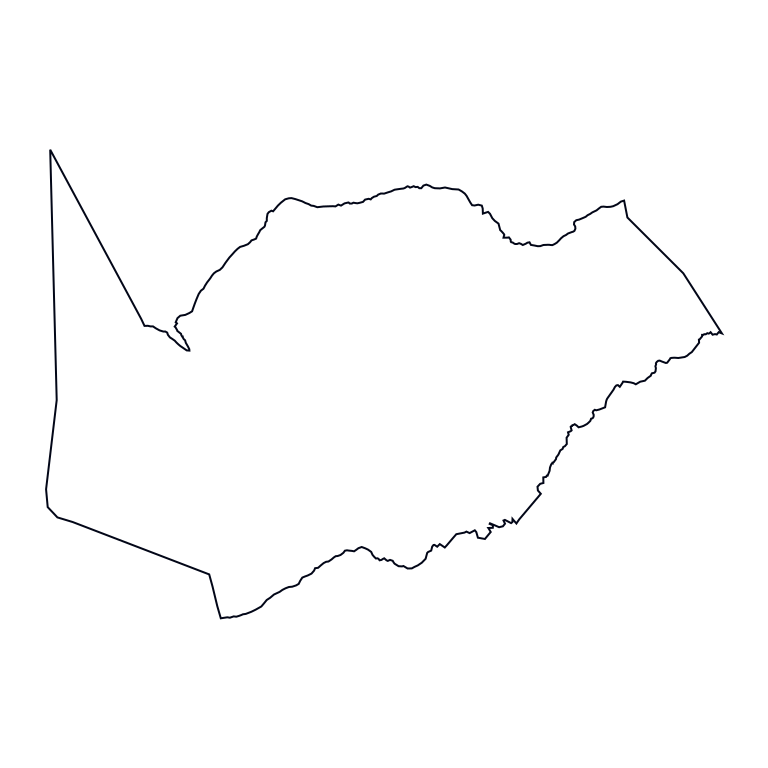 Santa María Ixcatlán, Oaxaca, Mexico
{"feature_id": "50627088B99322649142684", "entity_name": "Santa María Ixcatlán", "entity_type": "district", "adm_level": 2, "iso_a3": "MEX", "parent_name": "Mexico", "parent_adm1": "Oaxaca", "projection": "mercator", "projection_center": [-97.133, 17.85], "detail": "fine", "context": "isolated", "style": "outline", "palette": "ink", "viewbox_px": 768, "rotation_deg": 0, "n_neighbors": 0, "source": "geoboundaries", "source_scale": "gbopen_adm2", "svg_char_len": 5820}
<svg xmlns="http://www.w3.org/2000/svg" viewBox="0 0 768 768"><path d="M721.9,333.4L683.3,273.3L627.4,217.5L624.1,200.6L620.9,201.6L617.5,204.2L613.2,206.2L610.5,206.8L606.9,207.0L603.5,206.6L601.2,206.8L599.5,208.0L596.5,210.4L594.6,211.3L592.3,212.4L590.2,213.9L587.6,215.2L585.7,216.8L582.7,218.1L579.1,219.6L576.3,220.2L574.2,222.1L574.0,224.5L575.2,226.4L575.4,228.7L574.4,230.9L573.1,231.7L571.7,232.1L568.0,233.5L566.0,235.0L563.5,236.2L561.0,238.3L559.3,240.2L556.8,242.7L554.5,244.1L552.4,245.1L550.5,245.0L549.2,244.8L547.6,244.8L543.4,245.0L540.3,246.1L537.8,246.2L534.4,245.5L530.9,244.9L529.5,242.3L527.4,242.7L525.8,243.7L522.8,245.0L520.8,243.8L519.1,243.2L517.0,244.0L515.1,244.0L513.7,243.3L512.7,242.5L511.2,242.2L510.8,241.6L510.6,239.6L508.9,237.4L507.0,237.7L503.5,237.7L503.9,236.0L504.3,234.9L503.8,233.9L502.5,232.4L501.2,231.0L500.2,230.1L499.5,227.4L498.5,223.6L494.8,220.9L492.3,218.2L490.0,213.8L488.1,211.9L485.3,212.8L482.9,213.6L482.7,208.5L481.8,205.6L478.2,204.7L474.6,205.5L472.1,205.2L470.3,202.5L468.6,199.5L466.6,195.9L464.8,193.6L461.9,191.4L458.6,189.5L452.2,189.1L445.0,187.5L440.0,188.4L434.8,188.2L432.2,187.4L429.8,185.9L426.3,184.6L423.4,185.6L421.3,188.2L419.3,188.2L417.7,186.9L415.5,187.1L413.7,186.2L411.8,187.0L410.0,187.6L408.6,186.6L407.4,186.3L404.8,188.0L403.4,188.5L400.8,188.8L398.0,189.2L394.6,189.7L391.1,191.4L388.1,192.3L384.2,193.6L380.9,193.5L378.2,194.6L376.7,196.0L374.0,196.7L371.8,198.1L370.7,199.4L368.7,198.8L365.1,199.6L363.0,201.9L359.7,202.8L357.4,203.3L355.7,203.1L353.4,202.7L351.9,203.5L349.7,203.5L348.6,202.5L347.4,202.7L344.5,203.4L341.0,205.6L338.3,204.6L335.5,206.4L333.0,206.2L329.1,206.3L323.3,206.5L317.3,207.2L313.7,205.9L311.2,205.6L308.6,204.1L305.4,203.0L303.9,202.2L302.1,201.3L295.4,199.1L291.5,198.1L288.8,198.3L285.2,199.3L280.9,202.7L277.9,205.6L274.8,209.3L273.1,211.3L271.4,210.7L268.8,212.2L267.5,213.9L266.8,218.1L266.8,220.9L265.5,222.3L265.0,225.5L264.4,226.8L262.1,228.6L260.2,230.2L259.2,232.3L258.1,234.1L256.8,236.5L256.1,238.6L254.1,239.5L251.5,240.4L250.0,242.3L247.9,244.2L243.9,245.8L240.1,246.9L237.6,248.8L234.9,251.4L232.6,254.0L229.4,257.5L225.6,262.6L222.5,267.3L219.8,269.9L216.3,271.5L213.9,273.3L212.0,275.6L210.2,278.4L207.1,282.4L205.0,285.7L203.5,288.7L200.9,290.7L198.7,294.0L196.5,299.2L194.8,303.6L193.2,308.1L192.1,311.3L189.4,313.0L185.3,314.9L180.3,315.7L177.5,318.1L175.7,322.3L177.0,323.4L174.7,326.6L175.5,327.3L177.1,330.1L177.3,330.9L181.0,333.8L181.4,335.3L182.3,336.7L182.7,336.6L182.9,337.6L183.8,339.2L185.1,340.3L185.8,342.8L187.9,346.4L189.3,349.2L189.4,350.6L186.7,350.4L182.8,347.7L180.3,346.0L178.3,344.3L176.4,342.5L174.8,340.7L172.1,338.8L169.9,337.4L167.9,334.8L167.2,332.6L165.3,331.5L163.2,331.5L159.6,330.4L155.8,328.3L153.0,326.4L150.5,326.4L147.9,325.8L144.5,325.9L141.2,318.9L50.2,149.7L56.7,400.1L46.1,489.1L46.1,489.6L47.7,507.1L57.4,517.4L72.6,522.0L209.2,574.4L212.5,586.4L217.3,606.2L220.8,618.3L227.3,617.3L229.9,617.7L233.7,616.4L236.3,616.7L239.0,615.9L241.4,615.0L242.9,614.3L245.8,613.9L251.3,611.8L255.6,609.7L261.3,606.5L263.7,603.7L266.7,600.0L270.1,597.8L274.0,594.5L279.6,591.9L282.4,589.9L285.5,588.3L288.9,587.0L292.2,586.7L296.1,585.4L298.7,583.9L300.2,580.8L302.3,577.6L304.9,576.5L307.7,575.5L311.5,573.6L314.1,570.6L315.1,568.2L316.6,568.0L318.1,567.8L320.8,565.4L323.6,563.1L326.1,561.8L328.5,561.5L331.6,559.4L333.9,557.4L335.7,556.2L337.7,556.0L340.5,555.0L343.4,552.8L344.9,550.7L347.0,550.3L349.0,550.6L351.9,550.9L354.1,551.3L356.3,549.8L358.4,548.2L361.7,547.0L365.2,548.3L368.0,549.6L371.2,551.9L372.5,554.8L374.0,556.6L375.9,558.5L377.4,558.3L378.5,558.8L379.6,560.3L381.5,559.9L382.6,559.1L384.2,558.3L386.5,560.3L387.8,560.9L390.0,559.9L392.7,560.8L393.6,562.4L394.6,563.7L398.6,566.2L402.1,566.4L403.4,566.0L405.6,567.3L407.6,568.5L411.8,568.4L414.5,566.9L417.8,565.4L420.0,563.9L421.7,562.8L421.9,562.6L425.6,558.8L427.2,552.9L428.1,552.0L431.2,550.6L432.2,546.6L433.5,545.0L434.5,544.9L437.2,546.7L439.8,544.1L444.8,547.5L446.9,545.2L453.0,538.0L456.3,534.2L464.5,532.6L466.4,531.6L469.6,533.1L474.8,530.3L476.3,532.1L477.9,537.7L484.9,539.0L490.7,532.0L488.9,528.9L488.3,528.0L492.8,527.8L493.0,525.3L489.7,523.9L490.0,523.3L494.5,525.2L499.1,527.2L502.9,526.3L505.0,523.7L503.5,520.5L504.9,519.9L511.1,523.1L512.4,522.1L512.5,518.9L516.4,523.5L517.4,522.0L519.2,519.4L540.8,493.8L537.9,490.5L537.5,486.7L540.2,483.8L543.4,483.0L543.3,477.4L546.1,476.9L546.8,475.6L547.6,475.7L549.6,470.8L550.0,467.5L551.2,464.4L551.9,463.5L552.7,463.5L552.6,462.6L553.7,462.2L556.0,459.1L556.2,457.5L558.4,454.6L560.3,450.4L562.6,448.9L563.3,447.0L564.9,446.2L566.8,444.0L566.6,437.7L568.7,434.8L568.0,432.3L570.7,431.2L571.6,430.4L570.8,427.4L570.7,426.7L571.3,426.2L572.1,426.0L572.4,425.2L573.4,425.0L574.7,424.2L576.8,425.6L578.6,427.3L581.8,426.5L583.5,425.9L587.0,424.0L588.6,422.6L589.4,421.8L590.3,420.9L591.1,418.7L592.2,418.4L593.1,417.7L593.6,416.5L593.7,414.8L592.7,412.5L593.3,411.0L594.8,409.8L596.2,410.3L599.4,409.5L605.1,407.3L606.1,401.6L606.6,399.9L607.2,398.6L613.5,389.7L614.9,387.0L616.4,385.4L617.9,385.1L619.0,386.1L619.8,386.8L622.4,383.0L623.1,381.6L626.0,381.8L630.6,382.4L633.7,383.2L635.8,384.3L640.2,381.7L644.9,380.7L647.6,378.0L650.8,375.7L651.1,374.7L651.9,373.3L654.5,372.7L655.5,371.4L655.9,368.1L655.4,366.2L656.1,364.4L655.9,363.2L656.8,361.9L658.2,360.8L659.7,360.6L661.8,361.5L665.9,363.0L667.2,362.7L668.4,361.1L669.8,359.3L670.4,358.2L671.5,357.9L674.4,357.7L678.3,358.0L684.7,357.0L687.2,355.7L689.4,353.7L691.8,352.1L699.1,342.7L698.9,339.6L699.7,339.3L700.5,338.3L702.1,336.4L702.1,334.9L703.4,334.9L704.2,334.2L705.7,334.3L707.3,333.2L708.6,333.6L709.4,333.3L710.6,332.2L712.6,334.7L715.0,334.1L716.8,334.5L718.0,333.0L718.6,332.4L718.7,332.2L721.9,333.4Z" fill="none" stroke="#020617" stroke-width="2"/></svg>